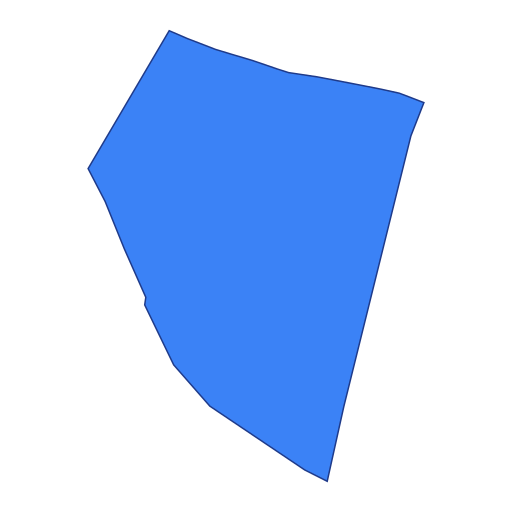 the district of George Charles Boulevard, Castries, Saint Lucia
{"feature_id": "8701671B10607749601803", "entity_name": "George Charles Boulevard", "entity_type": "district", "adm_level": 2, "iso_a3": "LCA", "parent_name": "Saint Lucia", "parent_adm1": "Castries", "projection": "equal_earth", "projection_center": [-60.987, 14.005], "detail": "fine", "context": "isolated", "style": "filled", "palette": "blue", "viewbox_px": 512, "rotation_deg": 0, "n_neighbors": 0, "source": "geoboundaries", "source_scale": "gbopen_adm2", "svg_char_len": 443}
<svg xmlns="http://www.w3.org/2000/svg" viewBox="0 0 512 512"><path d="M423.9,102.6L420.7,101.4L411.4,97.8L399.3,93.2L381.1,89.2L355.6,84.2L317.4,76.9L288.6,72.6L277.6,69.1L252.5,60.5L231.0,54.1L215.5,49.4L187.5,38.6L169.2,30.7L88.1,168.6L105.2,201.6L124.3,248.8L145.8,297.3L144.7,304.9L173.7,364.9L209.9,406.2L304.8,470.0L327.2,481.3L343.9,406.2L380.2,259.8L410.9,135.9L423.9,102.6Z" fill="#3b82f6" stroke="#1e3a8a" stroke-width="1.5"/></svg>